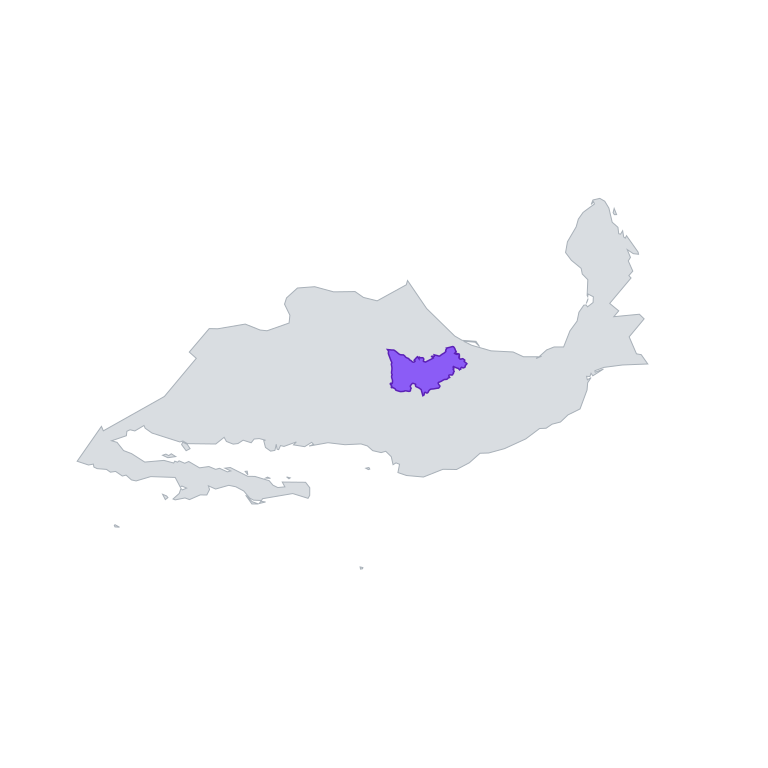 San Luis Potosí highlighted on a map of Mexico, rotated 310°
{"feature_id": "MEX-2715", "entity_name": "San Luis Potosí", "entity_type": "State", "adm_level": 1, "iso_a3": "MEX", "parent_name": "Mexico", "parent_adm1": "", "projection": "robinson", "projection_center": [-100.079, 22.87], "detail": "fine", "context": "in_parent", "style": "filled", "palette": "violet", "viewbox_px": 768, "rotation_deg": 310, "n_neighbors": 0, "source": "natural_earth", "source_scale": "10m", "svg_char_len": 9570}
<svg xmlns="http://www.w3.org/2000/svg" viewBox="0 0 768 768"><g transform="rotate(310 384 384)"><path d="M127.6,198.6L169.9,194.8L167.7,199.1L233.3,223.8L283.0,223.7L283.3,214.3L314.1,214.5L319.4,221.1L340.7,239.2L345.7,254.4L349.6,260.2L369.7,272.1L376.2,267.7L381.2,256.5L387.3,254.0L401.9,256.0L414.0,268.4L422.2,286.2L436.2,302.4L437.1,312.6L443.3,325.3L474.3,337.3L478.4,335.5L469.2,368.2L466.2,407.3L467.7,415.8L475.8,427.0L474.1,433.1L474.6,427.0L467.9,417.4L470.0,426.2L478.2,444.7L491.5,462.3L494.5,473.3L503.9,484.5L501.3,484.2L506.6,486.9L504.9,485.3L514.7,486.7L521.7,490.5L527.8,497.8L544.2,492.3L556.3,491.5L564.3,487.2L572.8,486.4L574.5,488.0L573.9,490.3L580.8,491.8L585.4,488.3L584.1,482.5L581.9,483.9L582.4,482.7L594.9,473.1L595.7,465.2L599.3,460.7L599.2,448.0L601.4,438.6L610.9,433.1L627.9,430.2L635.2,426.9L643.5,426.2L657.2,429.5L658.3,427.4L654.7,427.3L659.3,425.8L664.9,430.0L665.9,435.6L663.3,443.2L654.6,454.8L654.4,462.5L650.0,467.2L650.8,468.9L654.8,468.3L650.7,473.1L650.8,475.1L653.5,474.4L648.4,493.8L647.0,495.6L644.1,491.2L643.3,483.9L639.4,491.4L635.3,492.0L630.4,502.0L624.4,501.9L624.0,505.1L590.8,505.1L590.9,516.8L583.3,516.8L601.6,534.8L601.1,541.4L577.7,541.5L569.4,558.0L571.8,562.2L568.9,573.2L551.8,554.4L538.1,541.8L529.7,537.0L528.8,538.2L536.5,542.5L524.5,538.7L525.3,535.7L522.1,536.9L520.1,534.2L517.9,537.1L522.0,538.5L515.9,539.2L509.9,543.4L490.9,550.2L478.6,544.8L468.3,543.6L461.3,538.6L454.3,536.6L449.9,531.8L433.1,527.9L412.0,517.9L398.4,508.5L392.7,502.1L378.5,500.0L365.1,494.5L356.6,484.0L338.1,474.0L328.4,460.1L325.1,451.6L332.5,447.5L331.3,443.9L328.0,442.8L333.0,436.3L333.6,428.6L329.6,425.9L325.7,418.2L325.9,411.1L323.3,404.9L312.4,393.1L303.0,378.8L288.3,366.5L292.5,368.8L292.8,366.1L285.0,363.5L279.2,353.8L283.3,354.1L271.9,347.5L270.3,344.3L266.0,345.5L265.3,344.0L268.6,340.2L263.0,343.1L259.7,340.3L259.2,334.0L263.3,328.3L264.8,329.4L262.0,323.5L258.4,319.9L253.6,320.0L250.4,312.2L244.5,310.4L241.0,307.1L238.7,300.2L240.4,295.8L229.9,293.7L212.0,271.8L211.1,266.6L208.4,264.9L197.3,237.8L196.6,229.5L197.9,226.8L187.9,223.3L185.7,218.9L182.5,217.4L178.8,219.9L165.4,211.8L167.7,217.0L165.6,227.3L168.4,235.4L170.4,250.9L184.0,264.5L188.3,273.7L190.4,273.3L191.4,276.1L193.4,276.4L195.2,282.3L199.1,284.2L201.2,296.6L208.2,302.9L210.4,309.9L213.7,312.2L216.0,320.5L218.9,322.5L217.3,316.3L221.2,319.9L225.7,339.0L230.2,344.5L236.1,358.2L235.1,364.0L236.4,369.2L241.5,374.2L243.5,369.1L258.3,387.1L256.8,393.8L250.9,398.7L247.6,399.3L241.4,384.5L218.1,364.7L216.0,365.0L211.2,358.8L210.3,354.6L211.9,345.3L210.0,336.5L206.6,330.2L195.3,322.5L193.1,314.9L191.0,318.2L185.1,319.6L180.9,314.5L170.4,309.3L168.8,304.8L161.0,298.5L160.3,296.3L168.5,297.5L173.4,295.6L173.3,297.7L177.4,299.7L175.9,294.7L174.0,294.4L178.2,284.1L163.1,264.8L150.4,256.4L148.2,252.2L148.4,245.0L145.3,242.7L144.5,234.6L140.6,231.1L140.2,226.3L134.8,218.7L133.9,215.2L135.8,212.8L132.0,209.7L127.6,198.6ZM211.3,272.1L209.8,277.0L205.7,275.3L207.5,267.9L210.0,267.2L211.3,272.1ZM194.5,271.1L188.6,265.8L187.1,260.2L190.1,262.0L190.8,265.1L193.8,265.9L194.5,271.1ZM663.3,453.3L661.8,451.6L662.5,449.4L666.4,447.5L663.3,453.3ZM211.4,364.9L207.2,359.9L209.9,349.5L209.1,358.8L211.4,364.9ZM158.1,291.5L154.9,290.8L157.2,285.3L158.5,289.4L158.1,291.5ZM104.3,273.4L101.6,269.8L102.3,268.3L103.3,268.4L104.3,273.4ZM215.0,365.1L217.5,369.1L212.2,365.2L215.0,365.1ZM310.3,426.1L309.7,427.8L308.4,427.1L307.8,424.2L310.3,426.1ZM237.8,354.6L238.7,357.7L235.9,353.8L237.8,354.6ZM227.8,333.8L229.3,335.2L226.9,338.1L227.8,333.8ZM229.8,485.8L228.7,486.3L227.1,485.0L228.5,483.3L229.8,485.8ZM578.5,486.4L575.6,487.2L580.7,485.4L578.5,486.4ZM251.8,372.5L250.3,372.1L250.2,369.1L251.8,372.5Z" fill="#d9dde1" stroke="#a8b0b8" stroke-width="1"/><path d="M412.6,364.5L413.2,365.4L413.9,366.4L415.1,368.2L415.8,369.0L416.1,369.4L416.3,369.8L416.5,370.4L416.5,371.1L416.6,372.4L416.6,374.6L416.6,375.8L416.7,376.8L417.0,377.7L417.5,378.5L418.1,379.3L418.7,380.0L418.8,380.7L418.8,381.3L418.8,382.0L418.6,382.6L418.5,383.4L418.6,384.1L419.0,385.6L419.2,386.1L419.3,386.4L419.3,386.7L419.2,387.1L419.0,387.8L418.9,388.1L419.0,388.4L419.2,389.0L419.2,389.3L419.3,389.7L419.2,390.8L419.2,391.3L419.3,391.8L419.5,392.4L419.8,392.7L420.3,393.0L421.3,393.2L421.5,393.1L421.6,392.9L421.6,391.8L424.0,391.9L425.2,391.9L426.4,392.1L426.3,392.7L425.9,394.0L425.8,394.6L426.6,393.9L427.0,393.6L427.3,393.7L427.4,394.1L427.4,394.5L427.4,394.8L427.6,395.2L428.1,395.7L428.6,396.2L429.0,396.8L429.1,397.5L429.0,397.8L428.9,398.0L428.8,398.3L428.6,398.5L428.2,398.8L427.4,399.1L427.0,399.3L426.7,399.6L426.7,399.9L426.8,400.1L427.1,400.7L427.2,400.9L427.3,401.1L427.3,401.5L427.6,401.8L428.2,402.0L428.6,402.1L429.4,402.5L430.8,403.1L433.6,404.3L435.4,405.0L435.8,405.1L435.9,404.9L435.9,404.4L435.9,404.1L435.7,403.5L435.7,403.2L435.5,402.9L435.7,402.7L435.9,402.8L436.1,402.9L436.3,403.1L436.4,403.3L436.7,403.6L437.0,404.1L437.3,404.5L437.6,404.7L437.9,404.6L438.2,404.4L438.6,403.7L438.8,404.1L439.1,404.8L439.7,405.9L440.0,406.5L440.4,407.5L440.6,408.0L440.9,408.4L441.3,408.7L441.7,408.8L443.1,409.1L443.6,409.2L444.6,409.5L445.9,410.0L446.5,410.2L448.0,410.4L448.5,410.5L448.8,410.4L449.0,410.2L449.2,409.9L449.4,409.7L449.6,409.5L450.8,409.4L451.3,409.2L451.6,408.7L451.9,409.0L452.1,409.1L452.3,409.2L452.7,409.6L453.1,409.8L454.2,410.7L454.7,411.0L455.7,411.7L456.3,412.1L456.7,412.4L457.0,412.8L457.2,413.3L457.1,414.0L456.9,414.8L456.6,415.6L455.7,417.1L455.6,417.4L455.3,418.4L455.2,418.4L455.0,418.2L454.8,418.5L454.7,418.5L454.5,418.4L454.3,418.4L454.1,418.4L453.8,418.5L453.7,418.5L453.0,418.4L452.8,418.4L452.9,419.0L453.2,419.0L453.6,418.8L453.9,418.8L454.0,419.0L453.7,419.1L453.5,419.4L453.7,419.8L453.2,420.0L453.3,420.4L453.6,420.9L453.9,421.1L454.6,421.0L454.7,421.5L454.9,421.8L455.2,421.9L455.2,422.2L455.1,422.5L454.9,422.9L454.6,423.1L454.2,423.4L454.1,423.6L453.9,423.6L453.7,423.5L453.4,423.6L453.3,423.8L453.5,424.1L453.2,424.4L452.5,424.3L452.2,424.5L452.1,425.0L452.2,425.4L452.2,425.7L452.0,426.0L451.9,426.1L452.1,426.5L452.3,426.8L452.6,427.1L453.6,427.6L453.9,427.9L454.1,428.3L454.1,428.9L454.2,430.1L454.2,430.5L453.9,430.5L453.1,430.8L452.9,430.9L452.8,431.0L452.9,432.9L452.9,433.7L452.8,434.4L452.6,434.3L452.4,434.3L452.1,434.5L451.9,434.6L451.7,434.6L451.0,434.4L450.6,434.4L450.1,434.6L449.3,435.1L448.9,435.2L448.6,435.1L448.0,434.8L447.6,434.6L447.3,434.4L447.2,434.3L447.1,434.1L446.9,433.5L446.8,433.1L446.7,432.8L446.6,432.7L446.1,432.6L445.5,432.6L445.0,432.8L444.7,433.2L444.4,433.0L444.1,432.8L443.8,432.7L443.4,432.7L443.7,431.1L443.7,430.8L443.5,430.5L443.2,429.9L442.9,428.8L442.7,428.3L442.5,427.8L441.9,425.3L441.9,425.8L441.5,426.1L441.1,426.4L440.8,426.7L440.8,426.9L440.8,427.2L440.8,427.4L440.7,427.6L440.3,427.8L440.2,427.7L439.9,427.6L439.7,427.6L439.5,427.9L439.4,428.5L439.2,428.7L439.1,428.9L438.8,429.5L438.7,429.7L438.6,429.8L438.4,429.8L437.9,429.7L437.7,429.8L437.4,429.8L437.1,429.9L436.9,430.3L436.4,430.4L435.9,430.4L435.5,430.4L435.4,430.4L435.3,430.5L435.2,430.6L434.8,430.5L434.5,430.1L434.3,430.0L434.2,429.9L434.1,429.7L434.0,429.4L433.9,429.2L433.7,429.1L433.5,428.9L433.2,428.5L433.0,428.3L432.5,428.1L432.0,428.3L431.6,428.8L431.4,429.5L431.2,430.1L430.7,429.8L430.2,429.5L429.6,429.3L429.0,429.3L428.2,429.2L427.4,428.6L426.7,427.8L426.1,427.2L425.9,427.2L424.7,426.7L423.1,426.2L422.8,426.1L422.6,425.9L422.3,425.8L421.6,425.5L421.1,425.2L420.5,425.0L420.4,424.9L420.3,424.7L420.1,424.7L419.9,424.7L419.7,424.8L419.3,425.1L419.2,425.3L419.1,425.5L419.0,425.8L418.8,426.3L418.7,426.8L418.6,427.7L418.4,428.1L418.0,428.4L417.4,428.5L416.7,428.5L416.1,428.5L415.7,428.3L415.4,427.9L414.6,427.2L412.1,425.1L411.3,424.3L410.7,423.7L410.4,423.4L410.1,423.2L409.6,422.9L409.0,422.8L408.3,422.7L407.8,422.7L407.1,422.8L406.5,423.0L405.8,423.1L405.2,423.0L404.9,422.9L404.7,422.7L404.4,422.3L404.3,422.0L404.3,421.7L404.3,421.4L404.2,421.1L403.9,420.7L403.5,420.6L403.1,420.7L402.7,420.9L401.9,421.4L401.3,421.7L400.8,421.6L400.0,421.3L403.0,416.9L403.4,416.4L403.6,416.1L403.6,415.8L403.4,413.3L403.2,412.5L402.8,411.1L402.6,410.4L402.6,410.0L402.7,409.6L402.9,409.3L403.2,409.0L403.9,408.6L404.1,408.4L404.0,407.9L403.6,406.8L403.4,406.2L403.1,405.7L402.8,405.4L402.5,405.3L402.1,405.3L401.7,405.3L400.2,405.3L399.5,405.4L398.9,405.8L398.7,406.4L398.4,407.0L398.1,407.6L397.5,407.7L397.2,407.7L397.0,407.8L396.5,408.1L396.1,408.4L395.7,408.6L395.2,408.5L394.8,408.3L394.5,407.9L394.1,407.5L393.8,406.9L392.9,405.3L392.3,404.5L391.6,404.1L391.4,404.1L391.2,404.0L391.1,403.9L389.4,402.2L388.7,401.4L388.2,400.4L387.8,399.4L387.4,398.5L387.2,397.9L387.0,397.5L386.9,397.0L387.1,396.5L387.3,396.0L387.4,395.5L387.4,395.0L387.2,394.4L387.1,393.6L387.0,393.2L386.8,392.9L386.5,392.7L386.3,392.5L386.1,392.3L386.1,391.9L386.3,391.5L386.6,391.5L386.8,391.6L387.1,391.6L387.4,391.3L387.5,390.9L387.7,390.1L387.8,389.3L388.0,388.9L388.1,388.7L388.7,388.6L389.0,388.7L389.2,388.9L389.2,389.2L389.1,389.5L389.1,389.8L389.5,389.9L389.8,389.9L390.2,389.7L390.6,389.5L390.9,389.3L391.5,388.8L392.1,388.3L392.6,387.7L393.1,387.0L393.5,386.3L394.0,385.6L394.6,385.0L395.2,384.6L395.5,384.5L396.1,384.4L396.4,384.3L396.6,384.0L396.7,383.7L396.8,383.3L397.0,383.0L397.6,382.4L398.3,381.9L399.7,381.1L400.6,380.4L401.4,379.8L402.1,379.0L402.8,378.2L403.5,377.3L403.8,376.9L404.2,376.7L405.1,376.5L405.4,376.2L405.7,375.8L406.5,374.1L407.4,372.5L408.3,370.9L409.2,369.3L409.6,368.6L410.0,367.9L410.5,367.4L411.8,366.6L412.2,366.1L412.6,364.5Z" fill="#8b5cf6" stroke="#5b21b6" stroke-width="1.5"/></g></svg>